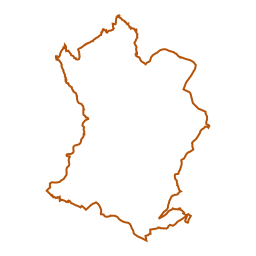 Nimigea, Bistrita-Nasaud, Romania (orthographic projection)
{"feature_id": "2599482B55798820459251", "entity_name": "Nimigea", "entity_type": "district", "adm_level": 2, "iso_a3": "ROU", "parent_name": "Romania", "parent_adm1": "Bistrita-Nasaud", "projection": "orthographic", "projection_center": [24.308, 47.25], "detail": "fine", "context": "isolated", "style": "outline", "palette": "amber", "viewbox_px": 256, "rotation_deg": 0, "n_neighbors": 0, "source": "geoboundaries", "source_scale": "gbopen_adm2", "svg_char_len": 5678}
<svg xmlns="http://www.w3.org/2000/svg" viewBox="0 0 256 256"><path d="M207.1,119.7L207.0,116.5L205.6,113.6L205.6,111.8L200.6,109.5L198.7,108.9L192.9,103.1L190.5,93.6L189.5,92.2L183.5,89.4L186.1,82.5L191.4,75.2L195.2,68.5L195.8,65.0L193.4,62.0L190.2,60.2L185.6,58.9L180.5,57.1L180.3,57.5L179.8,57.3L179.8,56.9L177.9,55.8L176.5,53.8L174.8,53.2L174.3,52.6L173.6,52.2L168.4,50.6L166.4,49.5L164.1,49.2L161.2,49.8L159.7,50.5L156.8,52.9L155.2,53.6L152.8,55.2L151.0,57.4L150.5,59.5L149.7,61.3L146.8,62.8L145.6,64.3L144.2,63.1L141.4,61.4L140.2,59.5L140.1,58.7L139.6,58.0L138.9,57.1L137.8,56.9L136.3,56.1L135.8,54.9L136.4,55.0L136.2,53.7L137.0,53.8L137.0,52.7L136.5,51.6L136.5,50.8L136.0,49.3L136.5,47.4L136.3,46.2L135.8,46.0L135.6,45.3L134.5,43.3L134.4,42.8L135.8,40.6L136.1,39.4L137.4,37.3L137.0,35.3L137.4,34.6L137.4,34.3L136.5,32.9L136.4,32.4L135.7,31.6L136.5,30.9L136.3,29.5L135.0,29.9L134.7,29.9L134.4,29.0L134.1,28.8L132.4,28.3L130.9,28.7L130.7,27.3L129.6,27.4L129.3,26.2L128.3,24.9L128.1,24.2L128.2,23.6L127.0,24.1L126.3,22.9L125.1,22.0L125.3,21.7L123.7,20.5L122.3,19.9L120.7,18.0L120.0,17.9L119.0,17.1L119.5,15.9L119.3,15.4L118.2,15.5L117.5,15.9L117.4,16.3L117.6,16.6L117.2,17.2L116.5,17.3L115.8,21.6L116.0,22.5L115.5,23.6L115.5,24.2L114.3,24.3L113.7,23.8L112.7,23.7L112.9,25.0L113.1,27.3L113.4,27.6L113.3,28.3L113.6,28.5L113.0,29.1L112.9,29.8L111.3,30.2L110.8,30.7L109.4,30.7L108.2,31.0L108.1,31.5L107.4,32.0L107.0,32.6L106.1,32.0L105.9,31.4L106.0,30.1L103.9,30.2L103.6,29.8L103.5,29.2L102.8,29.4L102.6,31.0L102.1,32.1L101.8,31.8L101.4,32.2L101.1,35.0L99.5,35.6L98.2,37.0L96.2,37.9L95.1,38.9L93.7,39.7L92.9,41.2L91.6,41.2L89.8,42.5L88.0,43.0L87.7,43.4L87.2,43.4L86.5,44.1L85.4,44.3L85.2,44.8L83.9,45.5L82.6,46.7L81.2,47.4L80.7,48.0L79.1,48.5L78.2,49.3L78.3,50.2L79.0,51.8L79.2,53.1L79.6,57.0L78.9,59.2L78.0,59.5L75.8,59.2L75.7,58.1L74.2,58.0L74.0,57.1L73.3,56.1L71.2,55.2L71.1,54.3L70.4,53.6L69.0,51.5L68.1,51.1L68.1,50.7L66.2,51.1L66.0,49.9L66.1,47.2L65.5,45.7L64.8,44.8L64.6,46.9L64.3,48.0L63.4,47.5L62.7,49.4L61.9,50.0L61.3,51.1L60.3,53.4L59.8,55.7L58.8,57.1L58.1,56.9L57.2,56.3L56.0,56.2L55.8,57.1L56.5,59.4L57.4,58.8L57.7,58.8L57.9,60.0L59.1,60.3L60.2,62.0L60.9,62.6L61.3,64.0L61.7,64.4L61.5,66.4L61.9,67.0L62.3,68.4L63.3,69.9L63.2,70.8L63.5,71.0L64.0,73.1L64.3,73.3L65.0,74.9L65.1,75.6L64.8,76.2L65.3,77.3L65.9,77.9L65.5,78.7L65.5,79.3L66.2,79.5L66.5,79.9L66.4,80.3L65.6,80.6L65.5,81.0L65.9,81.5L66.4,82.8L66.9,83.1L68.3,83.2L68.4,83.6L68.1,84.0L68.8,84.7L69.2,85.5L70.7,86.7L71.8,87.2L72.0,89.0L73.2,90.4L73.2,91.2L73.7,91.5L74.1,92.2L75.5,92.8L76.0,93.3L76.6,95.2L76.6,96.0L77.0,96.2L77.1,99.1L77.6,101.3L78.7,103.0L81.5,104.0L82.4,105.5L82.7,105.6L83.3,106.8L83.5,107.9L83.3,108.3L83.4,108.7L84.0,109.5L83.5,109.8L83.3,110.3L83.4,114.5L83.8,115.2L85.1,115.9L85.7,117.0L85.7,117.3L87.5,117.7L88.1,118.2L88.2,119.0L85.8,120.0L84.9,120.7L83.0,123.0L82.4,125.4L82.7,126.0L83.7,126.7L84.1,127.5L83.6,129.1L83.7,130.1L84.3,131.6L84.3,134.2L83.7,134.0L83.4,136.7L81.2,139.5L81.0,141.4L80.4,143.0L79.4,144.1L78.5,144.5L74.4,145.7L73.5,146.8L73.3,147.9L73.6,151.6L73.1,152.7L71.3,153.8L67.6,154.2L66.9,154.4L66.5,154.9L66.7,155.8L67.7,156.3L69.1,156.5L69.4,156.3L69.8,156.5L68.9,159.0L68.7,160.1L68.9,162.1L69.3,163.5L69.2,165.0L69.0,165.6L67.0,167.6L66.5,169.3L66.4,170.6L66.6,171.7L66.6,174.6L63.7,179.0L60.9,180.6L59.5,182.0L56.0,182.6L51.9,182.3L49.9,183.5L50.0,184.9L49.8,185.6L50.2,187.5L48.7,188.5L46.7,190.7L50.4,194.3L51.5,195.6L52.0,195.0L52.4,195.3L52.6,195.6L52.4,195.8L53.3,197.3L54.4,196.9L55.8,198.1L57.3,197.3L57.5,197.8L59.7,196.7L59.8,197.8L59.6,199.3L59.8,200.8L60.5,200.5L60.1,199.2L65.3,201.0L65.8,201.7L66.6,202.0L68.2,200.9L68.4,201.9L69.7,201.0L71.1,203.1L72.8,203.7L75.3,205.1L77.9,206.0L80.5,207.4L81.6,205.9L83.1,206.9L86.0,209.7L91.1,205.0L93.3,203.5L93.9,203.5L96.0,202.4L96.2,202.7L97.3,203.2L99.1,205.2L100.7,208.6L101.3,210.8L100.8,213.7L101.0,214.3L102.7,214.3L103.7,214.7L104.6,216.2L106.5,216.8L109.4,216.4L110.6,215.5L111.2,215.8L113.7,215.7L115.2,215.9L117.3,217.0L118.0,217.6L119.2,219.3L122.2,221.2L124.7,222.2L128.1,222.8L129.6,223.7L130.9,225.7L131.8,228.4L133.0,230.1L133.9,233.7L137.9,236.5L141.6,238.1L146.4,240.6L145.5,235.9L148.3,235.0L149.4,233.8L150.5,233.8L150.2,229.6L156.5,228.6L158.3,227.9L158.3,227.6L158.9,227.5L159.8,227.6L160.2,228.2L166.6,228.5L167.8,227.6L168.4,226.3L169.0,225.6L169.9,225.2L170.0,224.9L172.7,225.7L173.6,225.4L176.0,223.5L177.5,221.7L181.7,219.3L187.2,215.4L185.1,220.9L185.7,221.8L187.5,222.7L187.9,222.6L188.2,222.0L188.5,220.1L190.8,215.9L188.2,214.2L187.3,215.2L185.2,214.6L183.2,213.4L184.0,212.5L181.7,210.4L180.4,209.6L180.3,208.6L180.0,208.3L179.8,208.4L179.7,209.0L178.8,208.8L178.8,209.4L174.7,209.1L172.8,208.4L172.5,209.2L169.4,210.7L168.4,211.4L166.7,213.7L164.5,215.5L158.7,218.7L164.1,211.6L166.0,210.4L167.2,209.1L167.9,207.4L168.2,204.9L168.8,203.6L169.4,200.8L170.5,198.9L170.8,197.8L171.6,196.6L172.4,195.7L173.5,195.5L174.2,195.0L176.8,194.6L177.8,194.2L178.1,193.5L179.8,191.7L180.8,191.4L179.5,190.3L178.9,189.2L178.2,186.4L177.8,185.7L177.1,185.2L177.5,184.4L177.5,183.9L176.9,182.8L176.8,180.8L176.5,180.1L175.9,179.8L175.0,178.4L174.8,176.0L175.0,174.7L175.3,174.3L176.1,174.1L178.2,173.9L178.4,173.6L178.9,171.6L179.9,170.1L181.6,164.6L181.7,162.3L181.3,160.9L181.4,159.9L184.0,158.6L185.5,155.9L185.9,154.8L187.5,152.9L188.7,152.1L190.1,151.7L193.3,149.5L193.3,149.2L192.9,148.4L192.3,146.1L192.4,143.9L192.0,143.1L192.1,142.8L193.4,141.2L195.7,139.4L196.8,138.0L199.8,133.2L200.3,131.4L201.6,129.6L203.9,128.2L205.1,126.7L207.6,126.8L208.4,127.7L209.3,125.8L208.0,124.7L206.4,124.3L206.2,122.5L206.7,120.5L207.1,119.7Z" fill="none" stroke="#b45309" stroke-width="2"/></svg>